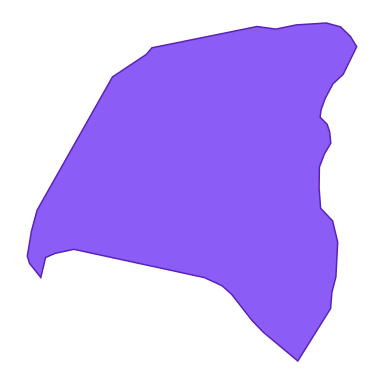 SVG path tracing the border of Gorenja vas-Poljane
{"feature_id": "SVN-1011", "entity_name": "Gorenja vas-Poljane", "entity_type": "Municipality", "adm_level": 1, "iso_a3": "SVN", "parent_name": "Slovenia", "parent_adm1": "", "projection": "albers", "projection_center": [14.155, 46.109], "detail": "fine", "context": "isolated", "style": "filled", "palette": "violet", "viewbox_px": 384, "rotation_deg": 0, "n_neighbors": 0, "source": "natural_earth", "source_scale": "10m", "svg_char_len": 615}
<svg xmlns="http://www.w3.org/2000/svg" viewBox="0 0 384 384"><path d="M337.7,242.2L335.9,276.9L331.9,292.4L330.6,308.5L297.8,361.0L263.5,332.4L252.2,320.7L231.6,294.3L222.0,285.7L204.4,277.6L73.8,249.3L55.0,253.4L45.6,257.5L40.8,277.5L29.6,263.5L27.3,256.1L31.4,231.3L37.1,210.2L112.5,76.9L146.3,54.4L151.9,47.8L257.0,26.5L275.9,29.1L296.2,24.9L326.4,23.0L340.6,26.9L350.5,36.5L356.7,46.7L343.2,74.3L333.0,83.8L325.2,98.4L321.1,109.7L320.1,117.2L327.2,124.4L329.7,132.1L330.8,143.1L324.4,154.0L319.4,167.0L319.1,188.0L320.6,208.2L332.6,220.9L337.7,242.2Z" fill="#8b5cf6" stroke="#5b21b6" stroke-width="1.5"/></svg>